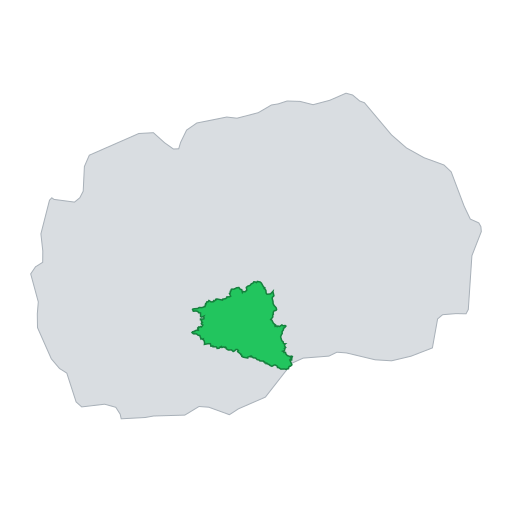 Prilep, Prilep, North Macedonia shown in context
{"feature_id": "65306769B638558710054", "entity_name": "Prilep", "entity_type": "district", "adm_level": 2, "iso_a3": "MKD", "parent_name": "North Macedonia", "parent_adm1": "Prilep", "projection": "robinson", "projection_center": [21.661, 41.283], "detail": "fine", "context": "in_parent", "style": "filled", "palette": "green", "viewbox_px": 512, "rotation_deg": 0, "n_neighbors": 0, "source": "geoboundaries", "source_scale": "gbopen_adm2", "svg_char_len": 4203}
<svg xmlns="http://www.w3.org/2000/svg" viewBox="0 0 512 512"><path d="M227.2,117.1L237.0,118.2L258.2,112.7L271.4,105.0L278.2,103.9L287.1,101.0L300.0,101.4L313.1,104.7L329.7,100.3L346.0,93.2L352.6,95.0L359.7,101.0L364.4,102.7L391.5,134.9L406.4,147.9L424.0,157.7L444.0,165.0L451.2,171.9L464.1,206.1L470.3,219.1L478.8,222.9L480.9,226.7L481.3,231.6L471.9,255.7L468.3,309.5L466.0,313.8L455.9,313.6L442.6,314.7L437.6,318.9L432.4,347.9L411.0,356.2L391.6,360.8L375.2,359.8L346.3,352.9L336.9,352.2L328.9,356.1L303.2,358.1L291.9,363.2L265.4,397.1L238.5,408.8L229.4,414.7L208.8,407.2L199.0,406.5L184.8,415.1L153.6,416.0L145.2,417.5L121.2,418.8L120.2,414.2L115.8,407.3L104.6,404.2L81.7,406.9L76.1,401.9L66.8,373.1L59.5,368.5L51.3,358.8L37.5,327.6L37.3,313.9L38.3,301.9L30.7,273.9L35.5,266.8L42.7,262.3L42.8,251.0L40.9,233.9L49.5,200.2L51.8,197.8L54.0,199.4L74.5,202.1L79.8,197.8L83.2,191.2L84.4,166.5L89.3,155.2L138.8,133.5L153.4,132.7L164.5,142.7L173.4,149.0L178.7,148.8L180.6,142.4L186.6,130.1L196.8,123.0L226.9,117.0L227.2,117.1Z" fill="#d9dde1" stroke="#a8b0b8" stroke-width="1"/><path d="M264.8,287.8L263.5,286.9L261.4,283.1L260.2,282.0L257.3,281.4L256.5,282.6L255.1,281.9L253.8,281.8L253.0,283.1L251.2,283.9L250.1,285.4L247.7,286.2L246.3,287.4L246.8,290.1L245.1,291.8L243.1,291.5L242.4,292.5L241.7,289.6L240.3,289.4L238.9,287.5L236.5,287.8L235.1,288.6L233.7,289.2L231.8,289.1L231.2,289.4L231.1,290.8L230.3,291.2L230.3,293.0L229.5,293.4L230.7,296.2L229.6,296.8L226.9,296.9L226.8,297.7L225.4,298.7L222.6,299.2L222.5,300.1L217.1,299.0L216.4,299.7L215.6,299.4L215.1,300.8L215.3,300.2L214.0,301.3L213.6,300.8L213.0,301.8L211.0,301.9L208.9,300.5L208.1,301.8L206.9,301.8L206.0,303.7L205.6,303.7L205.4,304.6L205.7,304.7L205.0,306.6L204.3,306.4L203.9,307.0L201.8,307.6L199.2,307.5L197.7,308.5L193.9,308.8L192.8,309.2L192.3,308.8L193.3,311.2L196.1,311.0L197.9,311.5L198.6,312.7L200.5,312.9L200.6,316.6L201.8,317.1L203.8,316.2L203.5,316.7L204.1,318.0L203.7,319.0L200.5,319.0L200.5,319.8L201.6,319.8L201.6,321.8L202.4,322.4L201.3,323.5L201.5,324.1L202.9,325.0L201.5,327.0L200.6,326.5L199.5,327.2L198.8,326.9L197.8,327.9L198.3,328.6L198.2,329.3L197.9,329.3L198.3,330.3L196.2,330.3L194.1,331.3L194.3,331.6L192.5,331.8L192.3,332.3L192.0,332.6L193.4,333.8L196.5,333.9L198.2,335.3L199.8,335.5L201.0,339.1L201.8,338.6L202.7,339.4L203.2,339.1L203.1,339.5L204.1,340.6L204.6,343.0L204.4,344.4L207.9,343.7L210.4,343.7L210.9,346.2L212.9,346.0L213.0,346.8L216.1,346.8L217.0,347.6L217.1,348.4L218.9,348.3L219.6,347.8L219.6,347.3L221.1,347.2L221.0,346.6L221.5,346.4L222.0,347.5L223.9,346.9L225.0,347.6L225.5,347.1L226.0,347.4L226.3,348.8L228.3,350.0L231.5,349.9L233.2,351.5L234.5,350.9L235.9,349.5L237.3,349.5L238.4,350.5L237.6,351.4L237.9,351.9L240.9,354.1L240.7,354.6L241.9,355.5L241.8,356.4L243.3,357.2L247.6,358.0L247.5,357.3L251.1,355.9L251.4,356.1L250.8,356.8L252.5,357.1L253.2,357.8L255.6,358.0L257.1,359.6L259.1,360.0L259.9,360.9L263.5,361.1L263.7,361.8L264.6,361.9L265.0,363.0L266.1,363.0L266.2,363.7L267.3,363.4L268.2,364.4L269.5,364.6L269.9,365.4L271.9,366.3L274.3,365.0L275.4,365.0L277.5,366.4L277.5,367.5L278.9,367.7L280.8,369.1L284.6,369.0L286.3,369.4L287.4,368.7L288.5,368.7L288.7,367.6L288.9,366.9L289.4,366.3L289.9,366.3L290.5,366.1L291.7,365.1L291.9,364.8L289.8,359.9L290.7,359.6L291.6,360.0L291.8,358.6L290.8,358.0L291.6,357.5L291.3,357.0L292.3,356.9L292.4,356.5L291.4,356.1L290.0,356.5L287.3,355.6L285.9,354.0L285.5,352.4L283.9,352.5L283.8,351.7L282.8,351.2L284.4,350.7L284.9,348.7L284.5,348.4L285.7,347.5L284.6,346.1L284.7,344.4L285.4,343.8L284.1,343.8L283.4,343.3L283.1,341.7L281.8,340.7L280.6,336.9L281.5,334.4L282.2,333.7L282.1,331.6L283.4,329.9L283.5,328.2L284.5,327.8L285.9,326.1L285.1,325.5L283.1,325.8L281.9,324.9L279.6,326.5L277.8,326.0L277.1,326.7L276.3,325.9L275.1,326.4L274.8,324.9L275.2,324.7L273.4,323.3L271.9,320.2L270.7,319.6L272.8,317.0L272.7,315.0L273.4,314.2L273.1,313.0L273.6,311.5L274.5,310.6L275.4,310.6L276.3,310.1L276.6,309.4L276.1,307.7L274.0,305.4L273.1,303.6L273.0,301.6L272.2,298.3L272.4,297.3L273.9,295.8L273.2,292.7L272.8,292.4L273.0,291.3L270.5,293.9L267.0,294.3L266.1,293.0L265.9,290.4L264.9,288.9L264.2,288.6L264.8,287.8Z" fill="#22c55e" stroke="#15803d" stroke-width="1.5"/></svg>